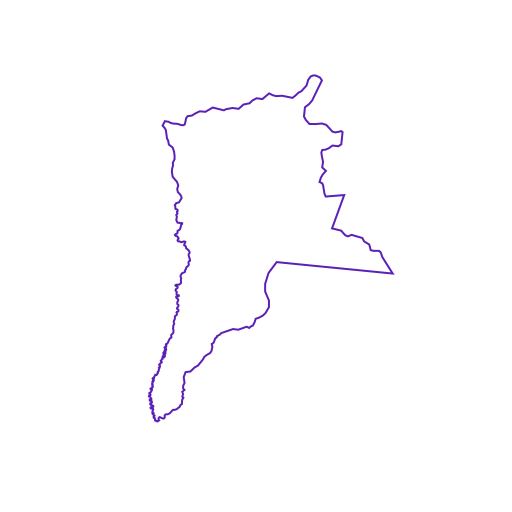 outline of Ndélé, Bamingui-Bangoran, Central African Republic, rotated 291°
{"feature_id": "33826404B83224337375675", "entity_name": "Ndélé", "entity_type": "district", "adm_level": 2, "iso_a3": "CAF", "parent_name": "Central African Republic", "parent_adm1": "Bamingui-Bangoran", "projection": "albers", "projection_center": [20.022, 8.555], "detail": "fine", "context": "isolated", "style": "outline", "palette": "violet", "viewbox_px": 512, "rotation_deg": 291, "n_neighbors": 0, "source": "geoboundaries", "source_scale": "gbopen_adm2", "svg_char_len": 6040}
<svg xmlns="http://www.w3.org/2000/svg" viewBox="0 0 512 512"><g transform="rotate(291 256 256)"><path d="M276.7,162.5L275.5,162.4L274.4,161.9L273.2,163.0L271.6,163.6L271.0,164.4L271.2,165.6L271.0,166.2L270.0,166.7L269.4,166.7L268.9,166.4L268.4,166.6L267.7,167.4L267.1,167.4L266.1,166.9L265.5,167.0L264.3,168.1L261.2,168.6L259.6,170.0L259.0,170.9L259.6,172.5L259.4,173.1L259.5,173.7L260.1,174.6L260.2,175.3L259.6,175.5L258.9,175.4L258.4,175.1L257.8,175.0L255.4,175.4L253.3,175.3L252.3,174.7L251.7,173.9L251.1,173.8L249.5,174.4L248.8,174.3L247.3,172.9L246.6,172.7L246.0,173.7L246.1,175.6L245.3,176.4L245.2,177.1L244.8,177.4L244.2,177.5L243.0,177.1L242.4,177.2L242.0,177.6L241.8,178.2L242.2,179.2L242.1,181.2L242.3,181.7L243.7,183.3L244.0,184.4L243.8,185.0L240.9,184.9L240.3,185.1L240.1,186.5L239.4,187.3L238.1,188.1L237.4,190.6L236.1,192.4L235.1,192.9L233.8,192.5L232.6,192.8L228.4,196.0L227.7,196.0L226.9,195.3L226.3,195.2L225.7,195.3L223.8,196.4L222.5,196.2L220.5,195.1L219.8,195.0L218.6,195.3L217.5,194.9L215.7,195.3L215.2,195.0L213.3,193.1L210.8,192.6L209.7,192.9L208.6,194.1L206.7,194.4L204.8,195.4L203.7,195.6L202.2,194.8L201.2,193.6L200.7,191.9L200.3,191.5L199.7,191.3L199.4,191.7L199.4,193.5L199.1,193.9L198.6,194.1L197.8,194.1L196.4,193.1L195.2,193.1L194.8,193.5L194.0,195.0L192.1,195.3L191.5,196.2L191.6,198.1L191.1,198.3L190.6,198.1L190.3,197.7L189.9,196.5L189.6,196.1L188.9,196.2L188.3,197.0L187.7,198.7L187.2,199.1L186.7,199.3L184.6,199.1L183.5,199.5L183.0,199.7L182.3,201.3L181.8,201.5L181.0,201.5L179.3,200.9L178.7,201.0L178.4,201.3L178.1,202.6L177.7,203.0L177.2,203.2L176.5,203.3L176.0,203.0L175.5,202.1L174.9,202.0L174.0,202.7L172.9,203.1L172.2,203.0L171.0,202.0L170.3,202.0L168.2,202.8L165.6,202.6L164.1,203.3L163.3,204.0L161.4,203.7L160.5,204.1L158.6,204.5L156.9,205.7L154.5,206.3L154.0,206.2L152.7,205.4L151.8,205.2L151.2,205.3L149.9,206.2L149.3,206.1L148.0,205.1L142.5,204.6L141.3,203.5L140.8,203.7L140.6,204.1L139.8,204.3L139.5,205.3L139.4,204.7L139.2,204.7L138.7,203.8L137.7,203.4L137.2,204.0L137.4,204.9L136.5,205.7L135.9,205.7L135.6,205.4L135.4,204.5L135.1,204.5L134.6,204.8L134.8,205.6L134.3,205.8L133.7,205.5L133.4,206.0L132.6,206.4L132.5,206.2L132.8,206.0L132.6,205.4L132.9,204.3L132.4,204.2L130.6,205.1L130.3,205.6L130.4,205.9L130.9,206.0L130.6,206.6L129.4,206.9L128.8,206.6L129.5,205.5L128.7,204.8L128.2,204.9L128.0,205.7L127.6,205.5L126.6,205.7L126.0,205.0L124.9,205.1L124.0,204.7L123.4,205.2L123.3,205.9L123.0,206.1L121.6,205.4L121.4,205.1L120.7,205.0L120.0,204.5L119.6,204.7L119.5,205.3L118.8,205.9L118.0,205.9L117.5,205.5L117.0,205.4L116.8,206.0L115.0,205.9L114.0,206.4L112.4,205.8L112.0,205.9L112.0,206.2L111.4,206.4L110.4,206.0L109.4,205.9L109.1,205.6L109.0,204.5L106.7,204.4L105.9,204.0L105.6,204.5L105.0,204.7L104.7,204.3L105.1,203.6L104.7,203.4L104.0,204.4L103.4,204.2L102.5,204.3L103.0,204.9L102.9,205.2L101.5,204.8L101.0,205.0L100.2,204.7L99.5,204.8L99.1,205.1L99.1,205.5L98.7,205.8L98.1,205.4L97.7,205.7L96.9,206.6L96.5,206.2L95.5,205.9L94.9,206.3L94.6,205.1L94.4,205.0L93.7,205.5L93.9,206.0L93.5,206.4L93.5,206.8L93.0,206.9L90.3,206.4L90.4,205.9L90.2,205.6L89.8,205.5L88.9,206.0L88.9,206.9L88.6,207.3L88.3,207.3L87.7,206.6L86.7,206.2L86.5,206.4L86.7,207.4L85.2,209.5L84.8,209.3L84.6,208.6L84.0,208.2L83.3,208.4L82.9,208.7L82.9,209.3L83.8,209.5L83.8,209.8L83.7,210.1L83.2,210.4L82.6,211.0L82.2,211.2L82.0,210.7L81.5,210.6L81.2,211.0L80.9,211.0L80.4,210.3L79.9,210.5L79.8,210.4L79.3,210.9L79.4,212.6L79.2,213.1L79.2,213.8L78.7,214.1L77.6,213.2L77.6,212.8L76.9,211.9L76.4,211.9L76.0,212.4L76.6,214.5L76.0,215.0L75.3,215.1L74.6,214.8L73.7,215.3L72.9,215.3L72.8,216.6L72.6,216.7L72.1,216.0L71.6,215.9L71.3,216.3L71.3,217.3L70.6,217.7L70.6,218.5L70.3,218.6L69.3,218.0L68.3,218.5L68.3,219.6L68.0,219.7L67.6,220.3L66.4,220.6L66.2,220.9L66.4,222.4L66.1,223.0L66.4,223.5L67.8,224.4L68.1,223.8L69.0,223.4L69.9,223.2L70.6,223.4L71.1,223.9L70.9,227.3L71.3,228.2L71.7,228.5L72.9,228.6L74.2,227.9L75.5,228.2L76.2,229.0L76.4,230.0L76.9,230.7L78.4,231.9L82.4,233.5L82.9,234.1L82.9,234.6L83.4,235.5L84.6,236.8L85.4,237.4L86.2,237.7L87.7,238.8L89.5,238.8L90.2,239.1L91.2,239.9L95.1,238.6L97.7,239.0L98.2,237.6L101.0,237.4L102.8,235.8L105.3,237.2L106.2,235.4L108.9,234.5L111.8,234.8L117.1,231.9L122.4,231.9L124.6,236.1L130.1,238.7L132.9,241.1L140.6,243.6L143.0,243.8L145.6,245.2L148.9,247.9L151.3,248.5L155.8,247.8L156.5,247.1L158.0,246.2L158.7,246.9L160.3,247.6L164.4,247.4L166.0,248.5L167.0,248.2L169.8,250.5L171.6,251.2L179.6,260.8L180.8,265.8L186.6,272.6L186.4,275.4L188.5,276.5L189.9,278.0L193.6,278.4L197.3,278.2L199.6,281.0L202.8,283.7L206.0,285.3L212.9,286.4L219.0,284.1L226.2,277.2L233.4,274.5L244.7,273.8L257.7,277.5L288.6,389.9L300.2,374.4L304.0,371.2L304.9,369.1L303.0,364.2L302.6,361.0L307.3,357.6L308.4,351.7L310.9,348.8L310.0,337.7L307.2,334.6L307.4,331.8L310.2,326.4L309.0,317.1L344.5,316.5L336.5,299.8L338.6,297.7L346.0,293.3L347.6,291.8L347.8,288.8L352.4,288.5L356.0,289.1L360.5,290.8L362.4,286.1L368.0,284.8L373.0,281.6L376.1,279.9L378.8,279.9L380.0,282.5L382.5,285.2L386.5,287.8L388.0,293.6L390.9,295.6L402.7,292.4L403.1,290.7L401.4,288.4L399.8,285.7L399.5,282.8L403.6,274.6L403.3,270.1L400.4,264.0L398.4,258.6L400.9,253.7L403.4,250.8L412.4,248.4L417.0,251.2L421.4,252.7L443.6,254.6L445.6,251.6L445.9,246.9L445.0,244.6L443.2,242.7L439.1,241.6L433.3,242.1L426.1,239.3L423.7,237.1L419.7,235.2L416.7,233.4L415.0,223.1L412.5,217.6L412.1,213.9L412.5,210.0L404.8,205.7L403.5,200.1L399.9,196.9L396.3,195.3L392.9,190.0L387.2,187.1L385.7,180.9L382.3,175.4L380.5,173.8L379.1,162.4L372.5,157.1L370.9,151.6L367.4,148.3L364.1,145.8L362.0,142.0L359.3,141.4L356.1,142.0L353.1,142.3L352.1,141.3L351.4,139.3L351.3,135.7L349.9,130.9L349.6,128.5L350.0,126.4L349.2,122.6L344.2,122.1L342.8,124.8L341.3,126.7L333.8,130.8L332.3,132.6L328.8,134.7L327.4,139.3L324.1,142.1L320.7,143.9L317.2,145.3L313.2,144.9L311.2,146.0L307.4,146.4L304.4,147.3L300.0,149.9L296.9,155.7L293.9,158.2L290.4,158.4L287.7,160.1L286.3,163.0L284.9,164.8L283.5,165.8L278.5,164.9L276.7,162.5Z" fill="none" stroke="#5b21b6" stroke-width="2"/></g></svg>